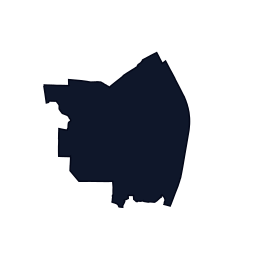 outline of Saligny, Constanta, Romania, rotated 230°
{"feature_id": "2599482B25474016101343", "entity_name": "Saligny", "entity_type": "district", "adm_level": 2, "iso_a3": "ROU", "parent_name": "Romania", "parent_adm1": "Constanta", "projection": "mercator", "projection_center": [28.101, 44.301], "detail": "fine", "context": "isolated", "style": "filled", "palette": "ink", "viewbox_px": 256, "rotation_deg": 230, "n_neighbors": 0, "source": "geoboundaries", "source_scale": "gbopen_adm2", "svg_char_len": 4956}
<svg xmlns="http://www.w3.org/2000/svg" viewBox="0 0 256 256"><g transform="rotate(230 128 128)"><path d="M213.8,90.3L207.7,86.6L201.6,82.8L199.7,81.6L198.8,83.5L198.8,83.8L199.3,84.2L199.2,85.0L199.1,85.3L196.8,87.9L194.5,90.5L194.0,90.3L192.9,90.2L191.7,90.2L190.6,90.1L189.7,89.9L189.1,89.6L188.9,89.4L188.4,88.9L187.0,87.7L186.3,87.4L185.6,87.4L185.0,87.3L183.3,87.2L181.7,87.1L181.1,87.3L178.6,88.7L177.1,89.5L176.9,89.6L176.4,89.9L176.1,89.9L174.7,89.8L173.6,89.7L173.4,89.6L173.1,89.4L172.8,89.5L172.5,89.6L171.8,89.4L171.0,89.2L170.5,88.9L170.2,88.3L170.4,86.7L170.4,86.4L170.1,85.6L169.8,85.3L169.4,84.9L168.6,84.0L168.2,83.7L166.7,82.3L166.6,82.2L166.1,81.1L165.5,79.9L167.6,78.1L170.1,76.1L171.0,75.4L171.7,74.9L171.9,74.7L171.7,74.6L171.2,74.1L170.4,73.4L169.7,72.8L169.3,72.4L169.0,72.1L168.2,71.4L167.4,70.7L166.6,70.0L165.8,69.3L165.2,68.8L164.7,68.3L164.0,67.8L163.8,67.7L163.0,67.1L160.7,65.1L158.4,63.0L154.7,59.9L150.9,56.8L148.7,59.2L146.6,61.6L145.1,63.3L143.6,65.0L143.3,65.4L143.3,65.5L143.2,65.4L142.2,65.1L141.2,64.2L140.3,63.4L137.4,60.7L136.8,60.2L136.7,60.0L136.5,59.8L135.3,58.7L133.3,56.9L132.5,56.2L132.4,56.2L131.8,56.2L126.8,56.2L121.2,56.2L118.8,56.2L118.4,56.6L113.2,62.8L113.1,63.0L112.9,63.2L112.7,63.5L112.4,63.9L111.4,65.0L106.5,70.7L103.0,74.8L102.8,75.0L101.6,76.4L99.3,79.2L97.3,81.8L97.0,82.1L94.5,80.3L92.0,78.5L89.9,76.6L88.1,75.1L86.2,73.6L86.4,73.0L86.2,72.7L85.9,72.4L85.2,72.0L84.5,71.6L84.2,71.1L83.8,70.7L83.6,70.5L83.4,70.3L83.1,70.0L82.7,69.6L82.3,69.3L82.1,68.9L81.7,68.4L81.5,68.2L81.0,68.5L80.4,68.8L80.0,69.2L79.5,69.5L78.6,70.0L77.7,70.5L76.9,70.8L76.2,71.0L75.7,71.0L75.2,71.0L74.8,70.9L74.4,70.7L73.8,70.6L73.3,70.5L72.0,71.7L70.7,73.0L71.3,73.5L71.9,74.0L72.4,75.0L72.5,75.3L72.6,75.5L72.8,76.0L72.9,76.3L73.0,76.4L73.0,76.5L73.6,77.7L73.8,78.2L75.1,78.6L74.5,80.7L73.9,82.9L74.4,83.3L75.1,83.8L75.6,84.2L75.7,84.3L76.2,84.7L76.3,84.8L74.6,86.8L72.8,88.9L71.5,87.9L71.3,87.8L69.8,86.7L69.7,86.6L68.1,86.9L66.4,87.1L65.7,87.8L65.5,89.0L64.6,89.8L63.8,90.6L63.2,91.7L62.7,92.9L62.2,92.7L62.0,92.9L61.5,93.1L59.9,94.5L58.4,95.8L58.2,96.0L57.9,96.5L58.0,96.6L57.5,97.2L57.0,97.8L55.6,99.2L55.3,99.5L54.2,100.6L54.0,101.1L54.0,101.5L53.9,101.8L53.9,102.4L53.8,103.1L53.8,104.3L53.9,105.0L53.9,105.3L53.9,105.5L53.9,105.8L53.9,106.0L53.9,106.3L54.0,107.0L54.0,107.7L54.0,107.8L53.9,108.1L53.8,108.4L53.8,108.6L53.7,108.8L54.0,109.1L54.2,109.4L54.3,109.2L54.6,109.6L54.9,110.0L54.9,110.7L54.9,110.8L54.9,111.0L54.7,111.0L53.0,111.1L51.6,111.2L51.4,111.2L50.4,110.8L49.7,110.5L49.0,110.2L48.6,109.7L48.4,109.4L48.2,109.1L48.0,108.6L47.7,108.2L47.6,108.3L47.4,108.3L47.2,108.0L46.4,106.5L45.3,107.3L41.6,109.9L41.2,110.1L41.5,110.6L41.8,111.4L44.8,116.8L47.8,122.1L49.7,125.6L51.6,129.1L52.2,130.0L53.3,131.8L54.5,133.7L55.2,134.7L55.5,135.2L55.8,135.8L56.1,136.2L56.3,136.5L56.6,136.9L56.8,137.2L57.1,137.4L57.9,138.5L58.3,139.0L59.6,140.6L62.9,144.6L66.2,148.5L70.2,153.2L73.0,156.5L75.1,159.0L77.2,161.5L80.0,164.8L82.8,168.1L85.1,170.8L87.4,173.5L89.4,175.5L91.4,177.5L92.3,178.3L93.2,179.1L94.3,180.0L95.4,180.9L96.6,181.8L97.8,182.6L99.4,183.7L100.9,184.7L102.6,185.6L104.4,186.6L105.4,187.1L106.2,187.4L108.0,188.3L109.9,189.0L110.7,189.3L111.1,189.5L111.9,189.8L116.2,191.2L116.6,191.2L117.0,191.3L117.4,191.4L118.4,191.6L122.2,192.5L127.4,193.7L131.5,194.6L135.6,195.5L135.8,195.7L136.8,195.9L141.5,196.9L146.1,197.8L150.6,198.8L155.2,199.8L155.3,197.3L155.4,195.7L157.3,196.2L161.2,197.0L163.1,197.5L165.0,197.9L167.3,198.4L167.9,195.9L168.0,195.6L168.4,193.7L168.8,192.1L169.0,191.0L169.3,189.5L169.6,188.3L169.8,187.1L170.4,184.5L170.7,183.0L170.7,182.9L170.6,182.6L170.0,182.2L169.9,181.9L170.1,181.7L170.0,181.3L170.0,180.9L169.8,180.2L169.7,179.6L169.8,179.1L169.8,178.7L170.0,176.7L169.9,176.2L169.8,175.7L169.7,175.4L169.5,175.2L169.1,175.2L168.9,175.2L169.1,173.8L169.3,172.4L169.3,172.1L169.3,171.9L169.6,169.7L169.7,168.7L169.8,168.7L169.9,167.8L170.3,164.8L170.5,163.5L170.5,163.3L170.7,162.1L170.8,160.9L171.0,159.2L171.1,158.3L171.1,158.1L171.0,157.6L170.9,157.4L170.8,157.0L170.9,155.7L170.9,153.4L171.0,151.1L171.1,147.8L171.2,143.3L171.2,142.3L171.2,142.2L171.2,141.1L171.1,140.7L170.9,140.5L170.8,139.9L171.7,139.8L172.8,139.5L174.0,138.9L174.8,138.8L175.8,138.3L176.6,138.0L177.3,137.8L177.9,137.7L179.3,137.1L180.5,136.7L180.8,136.5L181.0,136.3L181.5,135.7L182.1,135.2L182.8,134.4L183.5,133.6L184.0,132.8L184.0,132.7L184.5,132.2L187.1,128.9L188.8,127.4L189.7,126.7L191.8,124.8L194.3,122.5L194.3,122.4L194.9,121.9L196.0,120.8L197.0,119.8L197.5,119.3L197.8,119.0L199.7,117.1L200.1,116.7L200.8,116.0L201.6,115.2L202.4,114.4L202.5,114.3L202.6,114.2L202.9,113.9L203.0,113.8L202.8,113.6L203.0,113.5L202.4,113.0L199.2,110.5L198.5,110.1L198.7,109.6L200.2,107.9L203.7,103.9L204.2,103.3L205.8,101.4L206.8,100.3L208.4,98.6L210.9,95.8L211.7,94.9L214.0,92.3L214.3,92.1L214.7,91.6L214.8,91.4L213.7,90.8L213.7,90.6L213.8,90.3Z" fill="#0f172a" stroke="#020617" stroke-width="1.5"/></g></svg>